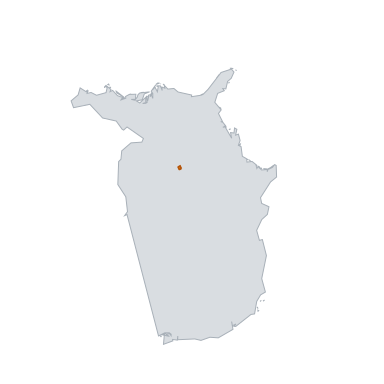 location of Lincoln, Missouri, United States of America, rotated 244°
{"feature_id": "52423323B2117474870364", "entity_name": "Lincoln", "entity_type": "district", "adm_level": 2, "iso_a3": "USA", "parent_name": "United States of America", "parent_adm1": "Missouri", "projection": "albers", "projection_center": [-90.857, 39.049], "detail": "fine", "context": "in_parent", "style": "filled", "palette": "amber", "viewbox_px": 384, "rotation_deg": 244, "n_neighbors": 0, "source": "geoboundaries", "source_scale": "gbopen_adm2", "svg_char_len": 4164}
<svg xmlns="http://www.w3.org/2000/svg" viewBox="0 0 384 384"><g transform="rotate(244 192 192)"><path d="M297.7,144.1L315.6,138.6L319.7,122.5L326.9,123.3L329.2,132.2L334.6,137.1L328.2,141.0L328.2,142.7L326.6,140.9L325.7,144.9L320.8,148.6L319.0,158.3L323.0,161.5L325.0,160.5L324.0,159.0L324.9,159.6L325.5,161.4L319.7,164.1L318.1,162.3L318.1,165.2L311.2,167.3L306.5,171.9L306.7,169.7L305.9,168.5L305.3,173.6L307.0,174.2L307.2,178.4L304.5,184.4L300.1,181.8L301.9,178.0L299.6,180.8L301.2,184.3L303.2,186.2L303.9,188.5L300.6,197.8L301.1,192.2L296.7,187.7L298.3,181.9L294.9,184.1L297.4,191.9L293.5,190.0L292.3,190.5L293.1,187.8L292.9,187.1L292.0,189.2L292.2,190.9L298.0,193.1L297.0,194.8L294.2,192.4L293.2,192.0L296.7,194.9L298.1,195.3L297.7,197.5L295.8,196.2L298.8,198.8L298.2,199.3L296.8,198.0L293.3,197.8L297.9,200.0L300.5,199.5L304.2,206.4L301.1,201.2L302.4,204.7L297.3,204.8L301.4,207.8L303.0,206.5L301.3,210.1L296.3,209.7L299.5,211.0L297.2,213.1L300.3,213.8L295.1,215.4L293.0,221.1L288.0,223.3L279.3,234.2L277.9,233.3L275.0,242.6L274.9,244.8L277.2,251.4L286.7,270.5L285.2,281.3L281.4,282.3L277.0,277.1L275.8,272.5L269.8,267.6L271.5,265.0L268.9,265.4L269.4,258.3L262.6,251.8L253.0,254.2L251.0,250.2L241.5,250.3L242.7,248.7L241.0,250.3L236.8,251.2L236.6,248.1L236.0,250.3L222.9,251.2L228.5,252.7L226.6,255.6L230.9,258.3L228.7,259.8L224.0,256.1L223.7,259.1L217.2,257.8L213.6,254.1L211.3,256.0L202.0,252.9L196.3,256.7L197.7,255.6L194.8,254.5L193.1,259.4L187.1,262.2L188.5,261.4L184.7,260.6L185.9,262.4L181.3,264.2L179.2,269.5L177.2,268.5L178.9,270.1L178.8,275.1L180.4,278.3L179.0,279.3L168.4,274.6L166.6,267.0L156.9,251.1L151.2,249.6L145.0,254.7L138.8,249.9L136.7,242.7L129.2,233.3L119.0,231.4L118.4,234.4L102.2,231.0L83.6,216.7L69.9,214.1L69.5,208.6L65.3,202.2L55.0,194.8L56.1,191.3L52.0,172.4L52.9,170.8L54.1,173.6L54.1,169.7L58.2,170.8L50.6,168.6L49.4,151.7L53.6,144.4L54.7,135.0L58.7,130.1L65.5,114.4L68.8,116.1L65.3,113.9L68.0,109.9L66.6,109.5L67.6,99.6L75.4,104.3L72.1,108.4L75.9,106.0L74.3,109.9L72.0,110.2L73.3,110.9L75.5,109.8L77.4,105.9L77.3,98.8L200.2,123.7L200.3,121.1L202.6,125.4L216.7,130.4L231.2,128.6L251.5,139.4L252.6,142.5L259.8,146.9L262.9,158.7L258.8,168.8L261.4,171.8L278.9,162.1L277.6,157.7L279.1,156.7L289.0,155.0L297.7,144.1ZM313.6,168.8L316.6,167.7L306.4,172.7L314.6,167.5L313.6,168.8ZM76.6,102.9L76.8,105.9L76.6,106.2L75.7,103.8L76.6,102.9ZM180.3,277.4L179.2,272.9L179.5,270.4L179.5,273.1L180.3,277.4ZM329.0,141.1L329.3,142.5L328.7,142.3L329.0,141.1ZM213.7,255.4L213.9,256.5L212.9,255.6L213.7,255.4ZM58.2,200.2L59.7,200.1L59.7,200.3L58.2,200.2ZM56.9,199.4L56.1,199.9L55.9,199.1L56.9,199.4ZM322.5,163.7L321.8,164.7L321.6,164.6L322.5,163.7ZM180.5,268.2L179.5,270.1L181.8,266.4L180.5,268.2ZM283.8,264.2L285.7,267.9L283.5,263.8L283.8,264.2ZM64.0,205.6L64.2,206.8L63.9,205.6L64.0,205.6ZM285.9,281.8L284.8,283.2L286.6,280.3L285.9,281.8ZM305.0,208.9L304.1,210.6L304.5,206.7L305.0,208.9ZM76.2,100.5L75.9,101.2L75.6,100.7L76.2,100.5ZM185.9,263.2L183.8,264.0L186.0,262.9L185.9,263.2ZM325.4,163.4L325.6,164.4L324.6,164.4L325.4,163.4ZM63.0,208.5L63.1,209.9L62.8,208.5L63.0,208.5ZM183.2,264.7L182.3,265.1L183.1,264.4L183.2,264.7ZM303.6,190.2L302.7,192.5L303.7,189.4L303.6,190.2ZM195.6,257.5L194.2,258.3L196.2,257.0L195.6,257.5ZM275.4,243.6L275.3,245.3L275.0,244.1L275.4,243.6ZM300.8,214.0L300.5,214.4L301.5,213.0L300.8,214.0ZM256.4,253.6L254.9,254.6L254.2,254.4L256.4,253.6ZM236.1,250.9L235.8,251.2L234.9,251.2L236.1,250.9ZM274.0,272.8L274.4,273.9L273.7,272.6L274.0,272.8ZM232.0,253.3L231.8,254.4L231.7,252.5L232.0,253.3ZM282.4,284.9L281.5,285.2L282.8,284.7L282.4,284.9ZM307.1,179.2L306.7,180.3L307.1,178.7L307.1,179.2ZM303.2,211.1L302.7,211.5L303.2,211.1Z" fill="#d9dde1" stroke="#a8b0b8" stroke-width="1"/><path d="M217.6,191.9L218.0,191.9L218.0,192.3L218.4,192.4L218.4,192.8L218.6,192.8L219.2,192.8L219.3,192.6L219.5,192.7L220.0,192.7L220.2,192.4L220.3,192.4L220.6,192.6L220.6,192.4L220.7,192.5L220.6,192.3L220.8,192.3L220.8,192.2L220.7,192.1L220.7,191.9L220.6,191.7L220.6,191.4L220.7,191.2L220.6,190.9L220.6,190.7L220.5,190.4L218.1,190.3L218.0,190.7L218.0,190.9L217.6,190.9L217.6,191.9Z" fill="#f59e0b" stroke="#b45309" stroke-width="1.5"/></g></svg>